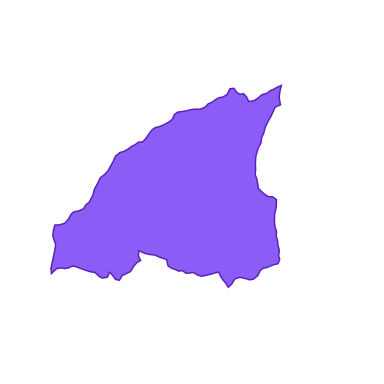 the district of Rio Acima, Minas Gerais, Brazil, rotated 26°
{"feature_id": "56859067B29785661724315", "entity_name": "Rio Acima", "entity_type": "district", "adm_level": 2, "iso_a3": "BRA", "parent_name": "Brazil", "parent_adm1": "Minas Gerais", "projection": "equal_earth", "projection_center": [-43.772, -20.098], "detail": "fine", "context": "isolated", "style": "filled", "palette": "violet", "viewbox_px": 384, "rotation_deg": 26, "n_neighbors": 0, "source": "geoboundaries", "source_scale": "gbopen_adm2", "svg_char_len": 2203}
<svg xmlns="http://www.w3.org/2000/svg" viewBox="0 0 384 384"><g transform="rotate(26 192 192)"><path d="M225.6,57.1L222.7,60.4L220.6,63.6L218.2,66.2L215.9,70.6L212.3,73.7L210.1,78.7L207.5,83.0L203.2,85.8L199.3,82.6L195.2,81.0L192.4,83.1L188.6,82.8L184.2,80.4L180.8,82.6L180.9,88.7L178.4,92.8L174.7,95.6L172.4,99.1L170.6,102.7L168.0,105.5L166.4,110.4L162.7,114.2L158.4,116.2L154.7,118.7L150.8,122.0L147.5,124.2L144.0,126.6L142.2,130.1L142.5,135.3L140.2,139.7L136.7,144.5L133.9,147.7L131.0,149.9L129.1,153.1L127.9,157.9L127.1,164.3L125.5,168.8L122.1,170.6L120.1,174.5L117.7,177.4L115.4,182.0L112.8,185.6L109.9,188.1L107.5,193.3L107.8,199.5L107.5,203.9L107.3,209.5L105.8,214.6L103.3,219.4L103.4,225.8L103.1,232.3L104.3,238.3L104.1,246.4L102.2,249.9L101.8,254.7L98.6,258.6L94.7,261.4L93.1,264.9L92.8,270.7L91.2,276.0L87.2,279.7L83.2,281.8L84.6,288.6L86.4,292.8L88.8,295.3L92.6,299.1L94.5,305.6L96.1,311.9L97.3,316.9L98.7,322.4L101.4,326.9L104.0,320.0L107.7,317.6L111.5,316.5L114.4,314.1L116.9,311.0L120.4,310.0L125.2,309.5L131.2,308.9L136.1,308.1L139.8,306.9L142.7,307.6L145.8,308.7L149.5,308.5L153.4,305.6L152.9,300.3L157.2,301.7L161.5,304.1L165.4,303.2L165.9,297.5L168.8,294.1L171.6,290.4L172.1,284.5L173.5,279.5L175.8,276.0L171.6,272.8L170.2,267.9L176.1,267.9L181.4,266.7L186.4,264.9L189.4,264.9L193.3,264.6L198.7,263.8L202.9,269.0L207.4,269.5L211.6,268.9L214.7,269.0L217.8,266.9L222.3,267.7L226.2,265.3L229.0,263.6L232.7,264.2L237.4,263.6L241.2,260.7L244.9,257.7L247.8,254.9L251.0,252.3L254.8,255.3L258.4,257.5L262.7,259.4L266.3,261.8L268.1,257.2L268.6,251.4L272.3,247.7L276.1,246.8L279.2,246.1L282.2,245.7L285.2,243.7L287.8,238.3L287.7,233.1L289.1,229.6L292.6,226.9L297.3,221.5L300.8,218.7L300.4,214.2L297.9,211.5L296.0,206.1L292.6,202.2L290.0,197.8L287.2,195.0L285.0,190.0L282.1,187.3L279.1,182.4L276.2,176.3L274.4,168.9L271.3,161.9L266.5,161.0L262.6,162.7L258.8,162.3L253.9,161.0L250.0,159.5L247.2,155.4L244.5,151.8L241.3,148.9L239.3,143.9L236.5,138.6L233.8,132.3L232.8,126.8L232.2,122.6L232.6,118.3L230.8,112.7L230.6,107.4L229.4,101.3L229.4,95.5L229.8,89.6L229.7,84.9L229.5,79.3L233.3,74.8L230.6,71.3L228.5,68.0L226.6,61.9L225.6,57.1Z" fill="#8b5cf6" stroke="#5b21b6" stroke-width="1.5"/></g></svg>